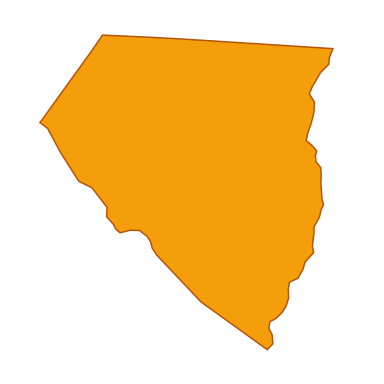 outline of Ouro Branco, Alagoas, Brazil, rotated 177°
{"feature_id": "56859067B3091732010719", "entity_name": "Ouro Branco", "entity_type": "district", "adm_level": 2, "iso_a3": "BRA", "parent_name": "Brazil", "parent_adm1": "Alagoas", "projection": "mercator", "projection_center": [-37.381, -9.112], "detail": "fine", "context": "isolated", "style": "filled", "palette": "amber", "viewbox_px": 384, "rotation_deg": 177, "n_neighbors": 0, "source": "geoboundaries", "source_scale": "gbopen_adm2", "svg_char_len": 919}
<svg xmlns="http://www.w3.org/2000/svg" viewBox="0 0 384 384"><g transform="rotate(177 192 192)"><path d="M119.2,36.2L119.5,45.2L122.4,52.0L121.0,58.5L114.8,61.3L108.4,66.9L104.0,73.2L101.0,81.4L101.0,90.3L99.3,96.8L90.7,100.4L85.4,108.7L82.6,116.3L73.7,125.1L74.6,132.0L72.5,143.5L71.9,151.0L66.1,160.1L64.1,167.3L61.3,172.4L62.6,178.1L62.6,183.9L62.9,193.5L62.0,203.6L62.3,209.8L66.5,215.5L66.9,221.4L65.4,226.7L70.2,232.7L75.3,237.5L73.2,244.9L69.3,254.7L66.1,265.1L65.0,275.2L69.7,283.8L66.7,290.3L57.3,304.7L48.7,312.4L47.9,318.6L43.8,327.8L200.2,346.0L214.0,347.4L221.8,348.3L273.2,353.4L282.7,340.9L288.8,333.2L340.2,269.2L332.9,263.1L321.1,238.1L304.4,208.5L291.7,201.5L277.6,181.0L278.6,171.8L272.4,164.1L270.1,159.0L266.0,155.0L255.6,157.1L246.5,156.3L239.2,150.1L236.0,144.5L234.5,137.6L230.4,130.7L225.7,125.2L188.7,81.7L125.1,30.6L119.2,36.2Z" fill="#f59e0b" stroke="#b45309" stroke-width="1.5"/></g></svg>